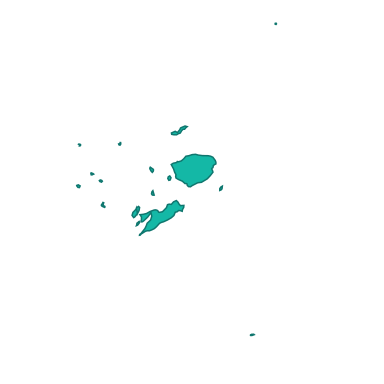 outline of Fiji, rotated 170°
{"feature_id": "FJI", "entity_name": "Fiji", "entity_type": "country or territory", "adm_level": 0, "iso_a3": "FJI", "parent_name": "Oceania", "parent_adm1": "", "projection": "mercator", "projection_center": [179.313, -17.091], "detail": "fine", "context": "isolated", "style": "filled", "palette": "teal", "viewbox_px": 384, "rotation_deg": 170, "n_neighbors": 0, "source": "natural_earth", "source_scale": "50m", "svg_char_len": 3414}
<svg xmlns="http://www.w3.org/2000/svg" viewBox="0 0 384 384"><g transform="rotate(170 192 192)"><path d="M195.5,199.3L195.5,200.8L196.4,201.4L197.4,201.5L199.6,204.3L203.2,206.7L205.3,208.5L205.4,210.1L204.8,211.8L205.7,214.7L206.1,217.8L207.7,222.7L205.5,223.6L202.0,223.7L201.2,224.6L200.0,224.1L197.1,224.5L194.4,226.1L191.8,228.3L188.7,228.3L185.3,228.8L181.9,228.5L179.5,227.3L175.3,226.0L169.7,224.9L167.4,224.0L165.4,222.6L163.6,219.0L163.3,217.2L163.6,215.5L165.3,215.0L166.6,214.1L166.8,213.0L167.4,212.2L168.2,211.9L168.6,211.4L168.1,209.5L167.9,207.9L171.2,204.9L174.7,202.3L181.0,199.9L184.8,200.1L190.7,198.3L192.6,197.4L194.5,197.9L195.5,199.3ZM249.5,159.9L244.7,164.2L243.0,166.5L241.6,169.0L237.6,171.6L235.8,175.2L236.0,178.8L240.0,175.0L244.5,172.0L245.9,171.3L247.3,171.4L247.2,172.4L246.6,173.5L246.1,176.2L247.2,178.7L243.9,178.5L240.6,178.7L236.6,180.1L232.7,180.8L231.3,180.8L229.9,180.3L229.0,179.6L228.3,177.9L227.5,177.6L224.5,177.7L219.9,181.0L218.3,183.8L216.6,184.0L214.5,183.4L211.9,185.5L208.9,186.3L207.6,184.5L206.8,182.2L205.7,180.6L202.3,180.2L202.9,178.1L203.7,177.3L204.5,176.1L205.0,174.7L206.6,175.6L208.3,176.1L210.1,175.1L212.0,175.0L213.9,172.0L216.9,170.2L221.0,168.7L225.2,167.6L227.3,167.4L229.4,166.8L233.0,164.0L235.4,162.5L238.1,161.7L240.6,161.2L242.9,161.6L244.7,161.4L249.5,159.4L249.5,159.9ZM202.0,252.3L202.0,253.7L198.0,254.7L196.6,253.5L195.8,253.3L193.4,255.3L192.7,256.2L192.4,256.8L191.8,257.2L187.4,258.2L185.4,257.2L186.7,256.5L188.4,255.1L190.0,255.3L191.6,254.1L193.3,252.1L195.6,251.7L197.2,251.0L199.9,251.5L202.0,252.3ZM250.3,184.6L249.5,185.9L249.5,184.1L249.5,182.5L249.5,181.4L249.5,180.1L252.8,177.3L253.9,176.9L255.1,179.4L253.7,182.2L250.3,184.6ZM249.5,185.9L247.2,187.1L246.3,185.9L247.3,183.0L249.5,180.1L249.5,182.5L249.5,185.9ZM229.1,223.4L228.8,223.7L226.1,221.0L226.2,220.0L226.6,219.1L227.7,218.2L228.7,219.7L229.5,222.2L229.1,223.4ZM212.7,211.1L211.1,211.7L210.2,209.7L211.4,207.6L212.8,207.5L213.5,209.5L212.7,211.1ZM282.3,196.1L281.5,197.2L280.8,196.8L281.7,194.9L281.8,194.1L280.4,193.1L280.3,192.4L280.7,192.0L282.4,193.1L283.4,194.0L283.6,194.4L283.3,195.3L282.3,196.1ZM231.4,199.2L230.3,200.1L229.8,195.5L230.9,195.6L231.7,196.0L232.2,197.2L231.4,199.2ZM162.7,191.9L161.1,192.5L161.9,189.9L162.8,189.1L163.4,188.9L164.4,188.7L164.0,190.6L162.7,191.9ZM304.4,218.5L302.7,218.8L301.1,217.4L302.1,215.9L303.5,216.3L304.3,217.7L304.4,218.5ZM251.7,170.8L249.5,172.0L249.5,170.4L251.3,168.8L252.6,168.5L251.8,170.0L251.7,170.8ZM281.3,219.3L280.3,219.8L279.7,219.6L278.9,219.1L278.4,218.2L279.4,217.4L280.9,218.3L281.3,219.3ZM288.4,227.8L288.0,228.4L286.3,227.4L285.7,226.7L287.5,226.2L288.3,226.4L288.4,227.8ZM159.1,41.2L157.9,41.5L155.9,41.2L155.5,40.7L156.2,40.6L157.5,40.3L159.0,40.4L159.3,40.8L159.1,41.2ZM255.8,251.2L255.9,252.1L255.4,252.1L254.8,251.7L254.6,251.9L254.4,252.2L254.3,252.8L254.2,253.2L253.7,253.1L253.7,252.4L253.8,251.9L254.0,251.3L254.8,250.6L255.8,251.2ZM295.5,258.7L295.1,258.9L294.3,258.6L293.6,258.2L293.5,257.7L293.8,257.1L294.5,256.8L294.8,256.9L294.6,257.1L294.2,257.3L294.3,257.9L294.8,258.3L295.3,258.4L295.5,258.7ZM80.9,343.4L80.7,343.7L79.8,343.6L79.6,342.9L80.1,342.4L80.9,342.7L80.9,343.4ZM250.9,159.3L249.5,159.9L249.5,159.5L249.5,159.4L250.5,158.5L251.2,158.5L250.9,159.3ZM249.5,172.0L249.1,172.1L249.0,171.5L249.5,170.4L249.5,172.0Z" fill="#14b8a6" stroke="#0f766e" stroke-width="1.5"/></g></svg>